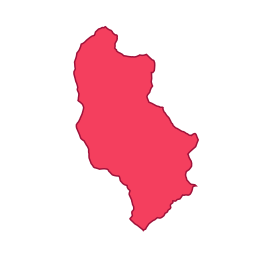 Khar, Pemagatsel, Bhutan (Natural Earth projection), rotated 131°
{"feature_id": "84629894B26310020901724", "entity_name": "Khar", "entity_type": "district", "adm_level": 2, "iso_a3": "BTN", "parent_name": "Bhutan", "parent_adm1": "Pemagatsel", "projection": "natural_earth1", "projection_center": [91.394, 26.945], "detail": "fine", "context": "isolated", "style": "filled", "palette": "rose", "viewbox_px": 256, "rotation_deg": 131, "n_neighbors": 0, "source": "geoboundaries", "source_scale": "gbopen_adm2", "svg_char_len": 5275}
<svg xmlns="http://www.w3.org/2000/svg" viewBox="0 0 256 256"><g transform="rotate(131 128 128)"><path d="M132.1,191.7L132.3,191.3L132.9,190.6L133.2,189.7L133.6,188.9L134.1,188.1L134.4,187.4L135.1,187.0L135.9,186.4L137.1,185.6L137.8,185.2L138.1,185.0L138.7,184.4L139.2,184.1L139.8,184.0L140.0,183.7L140.1,182.9L140.0,182.2L139.9,181.2L139.9,179.4L140.0,177.9L140.2,177.4L140.5,176.8L140.9,176.0L141.7,174.8L143.4,173.8L145.0,173.0L147.6,171.8L149.2,171.3L151.9,170.5L152.8,170.1L153.8,169.9L154.9,169.6L156.0,169.4L156.9,169.4L157.8,169.4L158.5,169.2L159.4,169.1L159.9,168.7L160.8,167.9L161.7,166.8L162.5,165.1L163.0,164.1L163.8,162.4L164.8,160.3L166.3,157.7L166.6,157.1L166.8,156.5L166.8,155.7L166.8,154.7L166.7,153.8L166.6,153.2L166.5,152.8L167.2,150.8L167.5,149.9L168.1,148.3L168.5,146.6L169.3,144.7L169.8,143.8L172.1,141.8L173.0,140.5L174.6,139.2L176.1,137.7L177.2,135.8L178.3,133.7L179.0,132.5L179.2,131.3L179.6,129.6L180.0,128.6L180.0,128.0L179.8,127.1L179.0,125.6L178.6,124.6L178.1,123.6L178.0,123.1L177.8,122.6L177.2,122.0L176.1,121.0L174.4,119.3L173.5,118.0L172.8,116.9L172.7,116.3L172.6,115.5L172.8,114.9L173.1,114.3L173.2,113.5L173.2,112.6L173.4,111.4L173.5,110.1L173.6,109.1L173.1,107.8L172.5,106.6L171.6,105.1L170.7,104.0L170.4,103.4L170.3,102.9L170.5,102.4L170.8,101.9L171.8,100.4L172.3,100.0L172.9,98.7L173.0,97.9L173.0,97.4L173.2,96.5L173.3,95.6L173.1,93.5L172.7,92.7L172.4,91.7L172.0,91.0L172.6,90.3L173.0,89.9L173.4,89.3L173.7,88.3L173.9,87.7L173.9,86.5L173.9,85.8L174.1,85.2L175.0,84.9L176.0,84.5L176.7,84.1L177.4,83.5L177.9,82.5L178.1,82.0L179.9,78.1L180.6,77.3L181.8,75.5L182.7,74.4L183.2,73.2L183.7,72.1L184.6,71.2L185.4,70.5L186.0,70.2L187.3,70.1L188.3,70.2L189.1,69.8L190.0,68.9L190.9,67.6L191.3,67.2L192.0,67.1L192.5,67.0L193.5,67.0L194.3,67.0L194.9,67.1L195.3,66.8L195.4,66.1L195.5,65.6L195.6,65.2L195.6,63.8L195.7,61.7L195.8,60.8L195.8,59.8L195.7,59.4L195.6,58.6L195.3,57.2L195.2,54.8L195.1,51.6L195.0,50.1L195.3,49.2L194.0,49.1L192.8,48.4L190.9,48.9L186.6,49.4L183.8,48.9L181.5,48.4L179.7,47.6L177.9,47.3L176.4,47.0L175.1,44.9L174.3,44.3L172.9,43.8L170.8,43.4L169.5,43.6L168.1,44.1L166.9,43.6L165.8,43.3L165.1,43.3L164.4,43.7L163.7,43.8L162.4,43.6L161.9,43.3L160.7,43.3L159.9,43.6L158.9,45.0L158.0,45.6L156.8,45.6L155.3,45.2L154.7,45.3L154.0,46.0L153.5,46.3L152.2,44.4L151.3,44.0L150.0,44.0L149.2,43.6L147.5,42.3L145.6,42.4L142.8,42.8L142.4,42.2L142.0,41.6L140.9,40.8L140.1,40.0L139.8,39.4L138.8,38.2L137.3,37.7L135.6,37.9L133.6,38.5L131.7,39.4L130.4,40.3L129.2,40.3L127.7,39.5L127.4,39.1L127.0,38.7L127.0,40.2L127.6,41.2L129.1,43.4L129.2,44.3L129.2,45.6L128.9,47.1L128.8,47.8L128.7,49.3L128.0,50.4L127.3,51.3L127.0,52.1L125.7,53.8L123.8,54.9L122.6,55.4L121.2,55.1L120.1,54.8L119.3,54.6L116.8,54.7L115.1,55.0L112.9,56.8L111.6,58.6L111.1,60.2L110.6,61.5L110.5,61.8L109.9,63.1L108.8,64.7L108.5,65.7L107.6,65.7L106.5,65.8L105.3,65.7L103.6,65.5L101.3,65.2L99.1,64.9L97.7,64.7L96.6,65.1L94.8,65.8L93.2,66.4L91.7,66.9L90.9,67.2L90.5,68.1L90.1,68.9L89.3,70.5L88.5,71.9L88.2,72.7L88.2,73.7L88.8,74.3L89.2,74.5L89.7,74.7L91.1,75.2L91.6,75.1L92.0,75.1L92.4,75.9L93.0,76.6L93.3,77.3L93.4,79.0L93.5,79.6L93.9,80.5L94.0,81.7L94.0,82.1L94.3,83.4L94.4,83.8L94.9,84.6L95.2,85.3L95.4,86.4L95.6,87.6L95.7,88.2L95.9,89.3L96.1,90.5L96.3,91.1L96.6,92.0L96.7,92.7L96.6,93.6L96.6,94.8L96.6,95.6L96.3,95.9L96.1,96.4L95.7,97.3L95.7,98.0L95.7,98.6L94.9,100.2L94.2,102.0L93.9,102.7L93.6,103.4L93.4,104.3L93.3,105.3L93.2,106.8L92.8,108.4L92.4,109.5L92.3,110.0L92.2,111.4L92.0,111.8L91.7,112.4L91.4,112.9L90.7,114.2L89.7,114.8L89.7,115.4L89.9,115.8L90.2,116.1L90.9,117.0L91.4,117.8L91.4,118.5L91.9,119.5L92.6,120.8L93.4,124.4L93.7,125.9L94.2,127.4L94.8,129.0L94.2,130.3L92.9,132.8L92.0,134.3L90.1,135.0L88.8,135.0L86.7,135.1L85.1,135.9L82.9,136.7L80.2,137.0L79.6,138.3L77.9,140.8L75.1,142.6L72.1,145.4L70.8,146.7L69.9,145.7L67.5,145.8L66.3,146.6L64.8,147.7L63.1,149.0L61.4,150.6L61.0,151.3L60.3,152.5L60.2,153.1L60.7,154.3L60.7,155.9L60.7,157.1L60.6,157.8L60.6,158.3L60.6,159.0L60.4,161.4L60.4,162.4L61.1,162.8L61.8,163.2L62.1,163.4L62.9,164.0L64.0,165.1L64.8,166.4L65.4,167.2L65.9,167.2L66.7,167.6L68.2,168.3L68.7,168.6L69.8,169.4L70.6,170.3L71.2,171.2L72.2,172.2L72.4,172.6L73.4,174.0L74.3,175.4L74.5,175.8L75.0,176.7L75.4,177.3L76.3,178.7L76.3,179.6L76.1,180.2L76.2,180.7L76.3,181.2L76.7,183.2L77.1,184.4L77.3,185.6L77.3,187.2L76.6,188.1L76.7,188.8L76.6,189.5L76.6,190.0L76.4,190.5L75.5,190.9L74.8,191.4L74.0,192.1L73.4,192.7L72.8,193.2L70.6,193.7L69.1,194.0L67.7,194.7L66.6,195.8L65.9,196.2L65.6,196.6L65.4,196.9L65.3,197.4L65.4,197.8L65.9,198.4L66.1,198.8L66.2,199.2L66.2,200.0L66.2,201.4L65.9,202.7L65.6,203.2L65.6,203.6L65.5,204.8L65.6,205.2L66.1,206.3L66.4,208.1L66.5,208.9L66.5,209.7L66.4,210.3L66.4,211.5L67.3,211.9L68.0,211.9L69.1,213.4L70.8,214.0L72.6,215.1L74.4,215.3L76.9,215.5L79.1,214.5L80.1,214.2L82.4,215.5L84.6,216.1L87.9,216.7L89.3,216.9L90.0,216.9L91.0,217.0L91.6,217.0L93.4,217.4L95.4,218.3L97.8,217.1L100.5,216.2L101.7,215.9L105.0,215.7L107.7,214.0L109.8,213.0L110.9,212.6L113.3,211.6L114.5,210.3L116.6,208.2L118.0,206.5L121.0,205.7L122.7,204.2L124.3,201.9L125.2,200.5L126.3,199.0L127.0,198.0L127.5,197.0L127.8,196.3L128.5,195.2L129.0,194.4L129.5,193.6L130.1,192.9L130.5,192.4L132.1,191.7Z" fill="#f43f5e" stroke="#9f1239" stroke-width="1.5"/></g></svg>